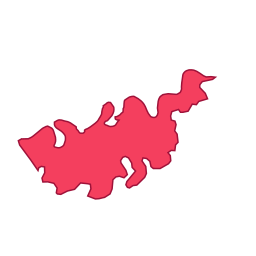 the district of Concordia, Louisiana, United States of America, rotated 235°
{"feature_id": "52423323B66255567298861", "entity_name": "Concordia", "entity_type": "district", "adm_level": 2, "iso_a3": "USA", "parent_name": "United States of America", "parent_adm1": "Louisiana", "projection": "robinson", "projection_center": [-91.593, 31.366], "detail": "fine", "context": "isolated", "style": "filled", "palette": "rose", "viewbox_px": 256, "rotation_deg": 235, "n_neighbors": 0, "source": "geoboundaries", "source_scale": "gbopen_adm2", "svg_char_len": 3396}
<svg xmlns="http://www.w3.org/2000/svg" viewBox="0 0 256 256"><g transform="rotate(235 128 128)"><path d="M82.6,153.4L86.9,157.3L87.6,160.8L94.8,164.7L98.9,164.6L103.2,169.3L106.7,170.4L109.7,168.0L113.4,169.8L116.3,173.3L114.2,180.0L110.8,180.0L109.4,182.0L107.3,186.9L110.7,194.3L107.9,197.4L109.2,201.2L106.3,209.9L112.1,211.2L120.1,210.0L122.3,211.7L123.4,215.5L120.4,222.6L119.3,225.2L119.5,228.7L122.4,225.5L125.0,221.3L127.5,219.8L131.5,218.3L135.0,216.8L137.6,215.1L139.0,213.6L140.6,211.3L141.2,209.4L141.4,208.6L141.5,207.4L141.2,205.7L140.6,204.2L139.9,203.3L134.1,197.9L130.9,195.3L129.7,194.6L128.9,193.9L128.3,193.1L127.3,191.4L127.2,190.9L127.4,188.4L127.5,187.6L127.7,187.1L128.3,186.3L132.0,181.8L133.0,180.6L133.5,179.6L134.7,177.1L135.3,175.7L135.3,175.1L135.3,173.1L135.2,172.5L135.1,171.9L134.0,169.8L132.6,168.1L127.5,163.6L123.4,161.5L121.7,159.4L121.1,157.5L121.1,157.1L121.3,156.1L121.9,155.1L122.5,154.4L124.1,153.2L124.8,153.1L128.3,153.0L131.5,153.5L135.5,154.4L138.4,154.7L140.6,154.6L142.8,154.2L146.3,153.1L150.4,151.1L151.0,150.4L151.8,148.9L152.5,147.0L152.6,145.9L152.7,141.5L152.5,141.0L152.2,140.5L150.4,138.9L147.6,136.7L147.3,136.4L146.6,135.1L144.6,133.7L143.9,132.8L143.9,131.1L143.5,129.4L143.4,128.6L143.7,125.4L144.4,124.2L144.5,123.8L143.1,123.0L142.4,122.8L141.4,123.3L141.0,123.6L139.6,125.1L139.1,123.3L138.5,121.7L137.6,119.6L137.6,118.4L138.0,116.7L139.3,114.4L140.4,113.4L142.6,112.1L143.1,111.6L144.0,111.1L144.7,111.0L145.4,111.3L145.7,111.5L146.4,113.2L146.4,113.5L145.9,114.8L145.9,115.8L147.4,121.9L148.6,124.2L149.7,125.7L151.0,126.9L152.7,128.0L153.5,128.3L158.9,128.3L160.3,126.7L160.6,125.3L160.4,123.9L160.4,121.6L160.4,120.4L159.3,119.9L158.6,118.3L156.5,116.1L154.4,114.2L153.0,111.4L152.2,109.5L151.5,108.1L151.1,106.9L150.7,104.0L150.5,98.1L150.7,94.3L151.1,93.1L151.2,91.3L150.8,90.9L150.0,90.6L149.5,89.5L149.5,88.9L149.5,88.3L149.8,87.8L151.0,86.1L151.4,85.8L152.0,85.6L152.9,85.5L154.4,85.6L156.6,85.2L157.8,85.6L158.4,86.1L158.7,86.2L165.1,83.8L166.4,83.1L167.8,82.2L170.2,80.0L172.6,78.1L174.1,76.3L174.2,76.2L174.4,75.6L174.7,74.5L175.0,71.1L173.0,69.7L172.2,69.4L171.0,69.2L169.2,69.4L168.0,69.8L163.5,71.6L161.6,72.0L158.8,72.2L157.5,72.0L156.8,71.7L155.6,71.0L153.8,69.6L151.6,66.7L151.2,66.1L150.8,65.5L150.7,65.0L150.5,63.7L150.8,61.5L151.1,60.7L151.7,59.6L152.8,58.5L154.5,57.1L154.9,56.9L155.6,57.0L155.9,57.2L156.5,58.0L157.0,59.0L158.1,60.4L158.7,61.1L159.9,62.0L162.1,63.3L168.0,65.2L169.5,65.6L171.3,65.5L172.3,65.1L175.6,63.3L176.2,61.8L176.7,58.5L176.7,57.2L176.3,52.5L175.8,46.0L175.8,43.6L176.3,40.6L176.4,40.1L179.9,34.8L180.1,34.7L180.5,30.9L176.2,29.5L157.6,30.0L144.8,29.9L146.6,32.1L146.3,34.9L144.0,37.3L139.1,34.1L136.3,28.8L132.6,27.3L129.9,31.4L125.2,35.6L119.5,35.5L116.0,32.1L114.5,32.3L112.2,34.9L111.1,42.3L108.4,49.1L110.2,57.6L105.5,63.0L103.5,64.9L99.4,62.7L95.4,56.0L88.6,60.6L86.7,63.8L85.5,66.9L84.8,68.6L84.6,69.0L84.3,75.5L87.2,80.0L94.3,86.0L94.9,90.0L93.4,93.3L89.5,96.2L90.2,100.7L94.5,102.0L103.3,102.2L105.5,103.2L107.0,106.8L106.3,109.5L103.2,111.3L97.2,110.9L93.3,108.8L88.4,109.5L84.8,96.4L82.7,93.7L79.7,93.5L78.0,94.9L78.0,99.0L76.2,102.5L78.0,113.3L80.2,117.0L86.3,120.5L93.0,120.6L94.9,123.1L92.3,125.8L88.2,126.8L83.2,124.7L80.3,125.5L76.4,131.0L75.5,140.7L76.6,144.2L81.1,146.8L84.9,146.6L84.9,150.5L82.6,153.4Z" fill="#f43f5e" stroke="#9f1239" stroke-width="1.5"/></g></svg>